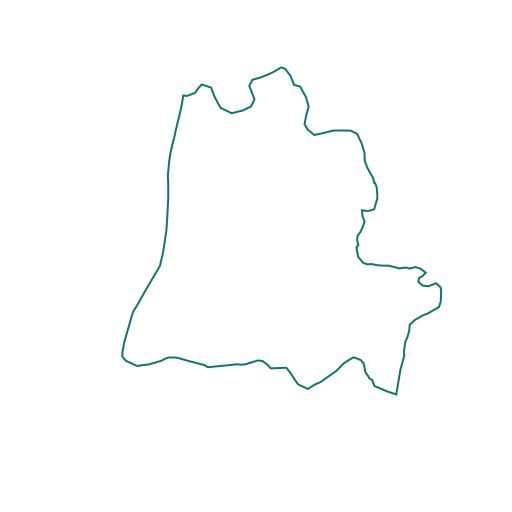 the district of Daquq, At-Ta'mim, Iraq, rotated 69°
{"feature_id": "34846034B46783343918511", "entity_name": "Daquq", "entity_type": "district", "adm_level": 2, "iso_a3": "IRQ", "parent_name": "Iraq", "parent_adm1": "At-Ta'mim", "projection": "natural_earth1", "projection_center": [44.248, 34.995], "detail": "fine", "context": "isolated", "style": "outline", "palette": "teal", "viewbox_px": 512, "rotation_deg": 69, "n_neighbors": 0, "source": "geoboundaries", "source_scale": "gbopen_adm2", "svg_char_len": 2221}
<svg xmlns="http://www.w3.org/2000/svg" viewBox="0 0 512 512"><g transform="rotate(69 256 256)"><path d="M316.2,406.2L317.1,401.6L318.7,395.5L319.3,389.4L319.9,382.2L319.3,376.8L319.6,373.4L322.4,366.5L330.4,355.8L333.2,351.9L339.4,343.2L342.5,340.9L343.7,336.7L347.7,322.2L350.2,312.7L352.3,308.5L353.3,305.1L354.2,291.7L356.4,287.5L361.9,284.1L366.2,282.5L371.2,267.7L378.9,265.4L384.8,264.2L390.9,262.7L397.7,256.2L398.7,255.1L397.1,247.4L396.8,240.9L393.1,226.4L392.1,222.2L387.8,212.7L386.3,206.2L385.6,201.2L388.4,197.8L391.2,195.1L393.4,194.8L394.3,194.0L398.0,194.4L401.1,195.1L404.2,195.5L407.9,194.4L411.0,194.0L413.3,192.0L415.1,192.0L419.8,192.0L429.7,181.8L435.5,174.6L434.7,174.3L427.9,170.1L417.7,164.2L413.6,161.7L406.7,156.6L402.0,153.3L397.2,151.6L389.7,147.4L386.3,144.0L380.8,139.8L375.3,137.2L372.6,130.5L371.2,121.2L371.2,116.2L369.2,103.5L365.1,100.1L361.7,98.5L353.5,95.1L350.8,95.1L346.0,97.6L346.0,106.0L343.3,111.1L338.5,113.6L335.1,111.9L334.4,107.7L332.4,103.5L326.9,106.9L323.5,111.1L322.8,117.0L320.8,119.5L318.7,127.1L316.7,129.7L312.6,135.6L309.9,142.3L307.8,146.5L305.1,150.7L303.7,154.9L301.0,158.3L293.5,160.9L284.0,159.2L282.6,156.6L277.1,155.8L273.7,154.1L271.0,149.9L266.9,145.7L262.8,142.3L256.7,142.3L251.2,140.6L253.3,137.2L254.6,133.0L254.6,128.8L251.2,126.3L245.8,122.1L241.0,120.4L234.9,118.7L230.6,118.7L230.1,119.5L226.0,118.7L213.7,120.4L206.2,120.4L198.7,117.8L189.2,117.0L178.2,117.8L172.8,122.9L169.4,131.3L166.6,138.9L165.3,149.0L163.9,158.3L156.4,162.5L150.2,163.4L142.1,158.3L135.3,153.3L125.7,152.4L113.4,154.1L110.0,159.2L100.5,159.2L91.6,161.7L88.9,165.1L90.2,171.8L90.9,178.6L90.9,188.7L90.2,196.3L94.9,201.3L101.8,201.3L109.3,201.3L114.7,207.2L115.4,216.5L114.0,227.5L105.1,235.9L100.4,236.7L92.9,237.6L82.6,237.6L76.5,245.2L78.5,249.4L81.9,254.5L81.9,262.9L80.1,266.3L88.8,271.5L98.0,277.6L103.9,281.8L115.9,289.8L121.8,294.0L130.4,299.7L137.2,303.5L149.6,309.6L156.7,311.9L171.8,317.7L195.6,328.4L200.9,331.0L218.2,340.8L219.1,341.3L230.9,349.3L236.5,356.4L247.9,370.7L258.7,383.7L259.3,384.5L263.9,390.6L269.2,394.8L279.4,402.4L289.0,409.7L298.3,415.4L302.0,416.9L307.2,415.0L314.4,408.1L316.2,406.2Z" fill="none" stroke="#0f766e" stroke-width="2"/></g></svg>